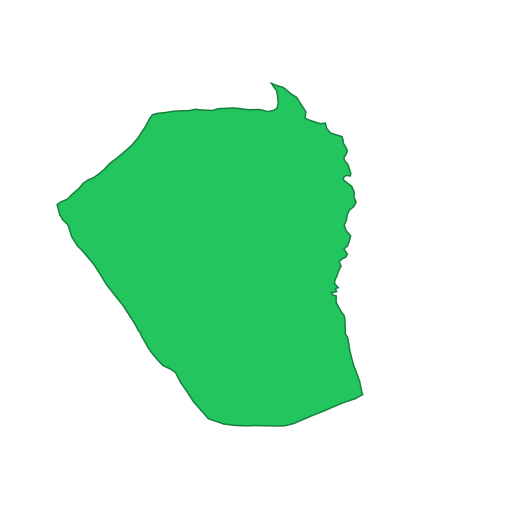 the district of Trenbo, Grand Kru, Liberia, rotated 141°
{"feature_id": "62588387B53229219679368", "entity_name": "Trenbo", "entity_type": "district", "adm_level": 2, "iso_a3": "LBR", "parent_name": "Liberia", "parent_adm1": "Grand Kru", "projection": "natural_earth1", "projection_center": [-7.882, 4.705], "detail": "fine", "context": "isolated", "style": "filled", "palette": "green", "viewbox_px": 512, "rotation_deg": 141, "n_neighbors": 0, "source": "geoboundaries", "source_scale": "gbopen_adm2", "svg_char_len": 2346}
<svg xmlns="http://www.w3.org/2000/svg" viewBox="0 0 512 512"><g transform="rotate(141 256 256)"><path d="M115.6,290.7L114.0,294.6L116.5,298.4L120.7,304.7L120.8,310.6L118.5,315.8L122.4,318.0L125.3,322.1L129.3,328.6L131.2,332.3L126.4,336.8L125.5,346.2L124.5,353.7L126.7,359.6L127.6,364.8L128.8,370.0L132.4,375.1L135.3,380.4L135.9,375.1L135.8,371.9L138.5,366.9L142.2,361.1L146.3,357.8L150.1,357.8L156.1,360.9L160.8,367.4L163.6,369.6L169.8,374.4L180.0,385.0L187.8,390.7L192.9,394.4L197.9,396.2L205.4,402.8L206.3,403.7L210.7,408.1L216.2,410.9L220.8,414.4L228.0,419.8L235.6,424.2L242.7,428.8L247.6,430.9L249.1,430.5L252.0,429.8L260.5,426.2L263.7,425.2L273.7,422.0L282.5,420.3L289.8,419.9L302.1,419.6L311.5,420.0L319.6,418.8L326.9,418.7L332.9,419.1L338.5,420.8L344.8,421.2L350.4,420.0L360.9,419.6L366.7,418.8L373.3,420.7L378.1,421.2L379.1,419.3L382.6,411.4L383.2,406.8L383.4,405.8L382.5,398.6L384.6,393.1L387.1,387.2L388.4,375.6L387.7,370.6L387.5,364.6L387.3,351.9L388.7,338.6L388.9,336.9L390.2,328.4L390.3,319.4L390.4,316.2L390.4,315.6L390.5,301.1L390.6,300.0L392.9,279.2L394.4,271.5L394.1,269.9L395.1,267.1L396.3,259.7L397.5,252.6L398.0,246.1L398.0,244.0L397.8,236.3L397.4,231.8L397.4,231.0L397.2,229.1L393.3,221.4L393.0,220.4L391.9,216.0L393.0,210.8L394.3,204.4L394.9,194.5L396.3,182.4L395.7,168.1L395.4,159.4L391.4,153.2L386.8,145.7L385.5,144.4L378.7,137.3L370.0,129.8L363.9,125.2L359.4,121.4L355.7,118.3L349.9,113.4L349.2,112.8L344.9,109.2L340.1,105.7L331.9,102.0L325.2,100.1L314.0,97.0L299.9,92.6L294.5,91.1L281.3,87.4L267.6,82.3L266.0,82.3L260.4,81.1L260.1,82.1L254.2,93.7L252.0,100.0L248.9,109.7L242.4,124.1L239.0,129.5L236.1,134.9L235.6,139.3L230.7,145.6L226.7,151.0L225.6,152.8L225.0,154.4L224.8,159.3L223.7,165.4L222.8,169.7L218.8,174.4L220.8,177.4L220.5,180.1L218.8,179.2L215.7,177.6L214.8,180.8L212.0,179.6L212.4,185.1L209.6,187.8L205.9,189.4L201.4,192.3L196.3,194.6L194.8,199.5L190.3,199.5L187.2,198.6L183.8,200.0L183.2,206.1L180.6,206.3L178.9,206.1L173.9,209.0L169.7,212.1L170.0,219.1L167.9,224.6L163.4,226.8L159.2,230.6L154.7,232.9L148.8,232.9L144.3,234.9L142.8,240.2L139.5,243.8L137.8,249.6L138.9,254.6L140.1,259.5L139.0,261.9L135.3,262.0L132.4,258.9L130.4,260.4L128.5,265.2L126.9,269.7L127.1,274.4L126.0,277.0L121.5,278.5L118.6,280.6L117.5,285.5L117.0,289.8L115.6,290.7Z" fill="#22c55e" stroke="#15803d" stroke-width="1.5"/></g></svg>